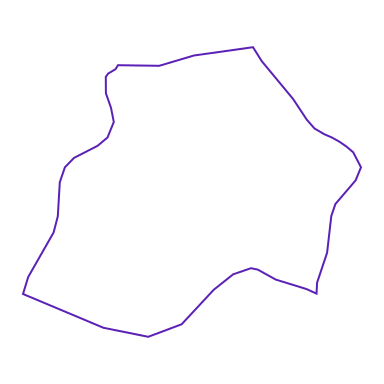 the border of Kalinga
{"feature_id": "PHL-4931", "entity_name": "Kalinga", "entity_type": "Province", "adm_level": 1, "iso_a3": "PHL", "parent_name": "Philippines", "parent_adm1": "", "projection": "natural_earth1", "projection_center": [121.33, 17.443], "detail": "fine", "context": "isolated", "style": "outline", "palette": "violet", "viewbox_px": 384, "rotation_deg": 0, "n_neighbors": 0, "source": "natural_earth", "source_scale": "10m", "svg_char_len": 648}
<svg xmlns="http://www.w3.org/2000/svg" viewBox="0 0 384 384"><path d="M253.0,47.2L261.7,61.1L293.1,99.0L306.8,119.7L314.5,128.5L324.2,134.2L331.9,137.5L339.4,141.7L346.5,146.6L353.2,152.3L361.0,167.3L355.6,180.4L335.4,204.0L331.3,216.0L327.1,252.7L317.1,282.6L316.5,293.6L306.6,289.1L275.8,279.6L257.7,269.6L251.0,268.2L233.2,274.3L213.8,289.7L181.6,324.3L148.2,336.8L103.5,327.8L23.0,294.0L28.2,277.0L53.6,232.5L57.8,216.3L59.8,182.2L64.9,167.3L74.0,157.9L97.6,145.8L107.5,137.5L113.8,122.0L111.0,107.8L105.9,93.3L105.8,76.9L108.1,73.6L115.5,69.2L118.0,65.2L159.2,65.8L193.9,55.5L253.0,47.2Z" fill="none" stroke="#5b21b6" stroke-width="2"/></svg>